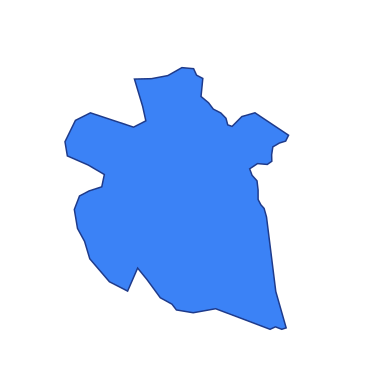 outline of Pader, rotated 201°
{"feature_id": "UGA-3101", "entity_name": "Pader", "entity_type": "District", "adm_level": 1, "iso_a3": "UGA", "parent_name": "Uganda", "parent_adm1": "", "projection": "orthographic", "projection_center": [32.872, 2.852], "detail": "fine", "context": "isolated", "style": "filled", "palette": "blue", "viewbox_px": 384, "rotation_deg": 201, "n_neighbors": 0, "source": "natural_earth", "source_scale": "10m", "svg_char_len": 909}
<svg xmlns="http://www.w3.org/2000/svg" viewBox="0 0 384 384"><g transform="rotate(201 192 192)"><path d="M161.6,288.5L122.2,279.6L122.8,273.1L128.0,269.0L132.7,263.1L131.0,255.3L128.5,249.3L131.6,244.7L141.0,242.0L146.5,234.3L141.9,229.1L135.3,225.7L131.0,217.5L127.6,208.7L123.2,204.8L118.8,202.5L113.5,195.4L78.1,129.1L55.4,98.9L59.0,96.0L65.8,96.0L69.9,91.8L128.1,91.5L147.6,79.7L164.3,76.3L170.5,80.1L183.7,81.9L202.6,94.1L215.5,101.5L216.6,76.4L236.9,78.6L263.5,93.0L274.6,107.4L285.8,116.9L295.6,133.5L295.6,148.0L288.4,156.2L278.1,164.5L280.1,176.9L298.7,180.0L321.3,181.0L328.6,193.4L326.5,217.1L315.2,229.5L269.8,231.6L260.6,241.9L268.8,254.3L286.2,276.8L270.4,283.3L256.3,292.0L246.0,304.5L234.7,307.7L229.6,302.7L222.6,301.9L217.8,284.4L208.5,281.2L201.8,277.0L193.4,276.1L186.7,273.0L182.7,267.5L178.1,267.6L172.5,280.3L161.6,288.5Z" fill="#3b82f6" stroke="#1e3a8a" stroke-width="1.5"/></g></svg>